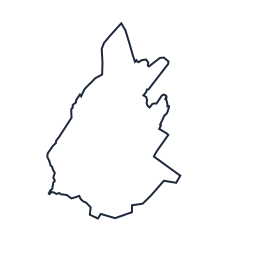 Chanchaga, Niger, Nigeria (Equal Earth projection), rotated 21°
{"feature_id": "59680162B49614598703533", "entity_name": "Chanchaga", "entity_type": "district", "adm_level": 2, "iso_a3": "NGA", "parent_name": "Nigeria", "parent_adm1": "Niger", "projection": "equal_earth", "projection_center": [6.539, 9.614], "detail": "fine", "context": "isolated", "style": "outline", "palette": "slate", "viewbox_px": 256, "rotation_deg": 21, "n_neighbors": 0, "source": "geoboundaries", "source_scale": "gbopen_adm2", "svg_char_len": 1896}
<svg xmlns="http://www.w3.org/2000/svg" viewBox="0 0 256 256"><g transform="rotate(21 128 128)"><path d="M159.4,198.7L163.4,196.5L168.8,193.4L173.4,183.4L174.5,180.4L180.4,164.4L192.6,161.9L193.9,153.8L162.4,145.4L162.6,143.1L163.1,139.7L168.1,120.0L165.8,119.1L161.6,118.4L157.5,117.7L157.8,113.7L156.8,113.5L157.4,105.0L157.5,104.4L157.3,104.1L157.8,102.7L158.8,101.0L159.0,99.9L159.1,98.3L158.8,94.2L158.4,93.0L157.9,93.3L157.0,93.7L156.8,92.8L156.5,92.1L153.8,88.0L152.5,87.7L152.6,87.4L152.5,86.8L153.0,86.8L152.9,85.3L152.6,84.7L152.1,84.4L151.6,84.4L151.5,84.1L149.5,83.9L148.0,85.5L145.8,95.0L143.6,95.7L142.1,96.9L140.8,101.1L138.8,100.5L136.5,98.3L136.0,95.6L134.0,92.6L132.2,92.3L130.7,92.0L131.6,89.4L131.9,88.4L132.0,87.2L131.9,85.3L133.0,85.0L133.6,83.8L135.0,78.9L142.5,53.9L142.0,51.4L139.6,50.6L136.3,49.4L132.7,51.1L125.5,63.0L124.1,62.6L123.5,59.7L120.3,57.6L118.0,58.9L117.1,59.2L116.4,60.0L115.9,60.7L115.7,60.8L115.3,61.1L115.2,61.5L114.9,62.0L114.5,62.5L114.3,62.3L113.6,62.8L113.1,62.8L111.5,61.7L110.8,63.7L106.6,58.6L98.7,48.1L90.5,37.6L86.1,34.2L84.2,32.7L77.9,49.0L75.1,57.3L75.1,63.5L80.9,76.5L84.7,87.4L79.4,93.5L79.2,94.2L77.4,98.5L75.8,101.8L73.7,106.7L73.5,107.7L73.2,110.3L72.9,115.2L71.1,114.1L69.6,120.4L70.2,123.0L69.2,124.4L68.2,126.4L69.1,129.2L68.3,130.1L68.6,131.5L68.8,132.3L70.1,135.2L71.6,138.6L67.0,160.3L66.9,161.1L65.5,165.4L66.0,168.0L65.5,169.0L64.3,171.6L62.1,180.6L63.0,183.8L66.6,187.3L69.1,190.7L71.2,191.5L72.7,193.7L75.8,196.2L75.9,199.7L76.2,201.4L78.1,202.8L78.6,204.1L77.9,205.0L77.9,206.1L79.1,212.0L77.7,214.5L77.6,217.7L78.3,217.9L79.5,215.2L82.0,214.8L84.8,215.2L87.1,213.4L89.4,213.9L90.9,213.4L94.8,212.5L100.5,214.0L104.3,211.0L106.8,208.9L108.0,210.0L109.3,211.3L112.3,212.5L115.9,212.8L121.6,215.5L123.4,222.6L132.3,223.3L133.4,218.0L148.2,216.8L161.9,205.2L159.4,198.7Z" fill="none" stroke="#1e293b" stroke-width="2"/></g></svg>